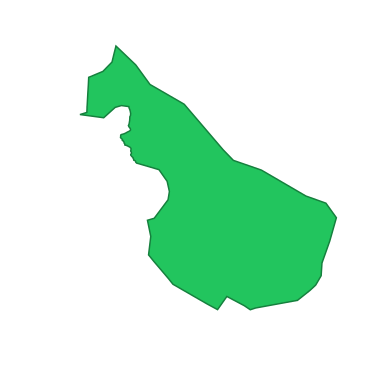 outline of Bayancogt, Töv, Mongolia, rotated 222°
{"feature_id": "93677404B67645027022148", "entity_name": "Bayancogt", "entity_type": "district", "adm_level": 2, "iso_a3": "MNG", "parent_name": "Mongolia", "parent_adm1": "Töv", "projection": "natural_earth1", "projection_center": [106.234, 48.109], "detail": "fine", "context": "isolated", "style": "filled", "palette": "green", "viewbox_px": 384, "rotation_deg": 222, "n_neighbors": 0, "source": "geoboundaries", "source_scale": "gbopen_adm2", "svg_char_len": 2222}
<svg xmlns="http://www.w3.org/2000/svg" viewBox="0 0 384 384"><g transform="rotate(222 192 192)"><path d="M346.2,249.6L345.6,248.5L341.3,240.4L340.4,238.8L340.4,238.7L338.9,236.0L338.4,235.0L338.7,227.5L338.9,222.1L339.1,221.6L341.0,217.6L345.5,208.1L340.6,202.1L334.3,194.2L328.0,186.4L327.1,185.2L325.8,183.7L323.4,180.8L325.4,177.4L327.1,174.6L307.3,188.1L305.7,203.5L302.3,209.0L296.1,213.2L295.7,212.9L295.3,212.6L294.9,212.3L294.5,212.1L294.1,211.9L293.7,211.8L293.5,211.6L293.2,211.5L292.6,211.1L292.1,210.8L291.4,210.3L290.7,209.7L290.2,209.4L289.8,208.9L288.9,207.7L288.6,206.5L288.2,205.9L287.8,205.5L286.9,204.3L286.3,203.6L284.8,201.3L284.1,200.1L283.8,199.1L283.7,198.8L282.8,198.4L281.8,198.1L280.5,197.9L279.9,197.6L279.2,197.0L279.1,196.5L279.3,195.3L280.0,193.6L280.2,193.1L280.7,191.5L281.5,189.7L282.3,188.4L282.7,187.9L282.9,187.4L283.1,186.8L282.9,186.4L282.5,185.9L282.1,185.5L281.8,184.9L281.5,184.6L281.0,184.5L280.5,184.6L279.9,184.5L279.4,184.5L278.8,184.4L278.5,183.8L278.1,183.7L277.7,183.8L277.4,184.0L277.0,183.9L276.4,183.7L276.1,183.7L275.8,183.6L275.5,183.2L275.1,182.9L274.7,182.9L274.2,182.8L273.8,182.4L273.5,182.2L273.3,182.0L273.0,182.0L272.6,182.5L272.1,182.7L271.5,182.8L271.1,183.2L270.5,183.2L270.0,183.2L269.2,183.5L268.4,183.8L267.8,183.7L267.2,183.7L266.6,183.6L266.1,183.2L265.8,182.7L265.4,182.3L265.1,181.6L264.7,181.3L264.4,181.2L263.8,181.0L263.2,180.6L262.9,180.3L262.8,179.7L262.7,179.0L262.4,178.6L261.8,178.3L261.4,178.3L260.8,178.2L260.1,178.1L259.6,178.1L259.1,178.1L258.8,178.1L258.5,177.9L258.3,177.6L258.0,177.5L257.5,177.4L257.2,177.3L257.0,177.0L256.6,176.7L256.2,176.8L255.8,177.0L255.6,177.0L255.3,177.1L254.9,177.2L254.4,177.0L254.1,176.8L253.7,176.5L253.2,176.5L252.6,176.4L252.1,176.6L231.5,186.5L217.6,183.3L209.1,177.2L204.6,170.2L202.5,147.2L206.2,141.2L192.9,131.4L182.2,116.2L174.0,114.9L159.1,112.9L151.7,111.9L144.4,110.7L105.9,118.9L94.3,121.7L96.2,137.7L77.1,142.5L69.9,143.5L67.1,148.4L41.1,182.1L38.5,197.7L37.8,205.6L40.0,216.2L47.9,226.2L56.8,247.7L67.5,269.5L85.0,273.3L104.7,265.2L155.1,254.7L182.4,243.2L197.1,244.2L256.5,252.0L295.2,243.8L318.8,248.8L345.9,249.6L346.2,249.6Z" fill="#22c55e" stroke="#15803d" stroke-width="1.5"/></g></svg>